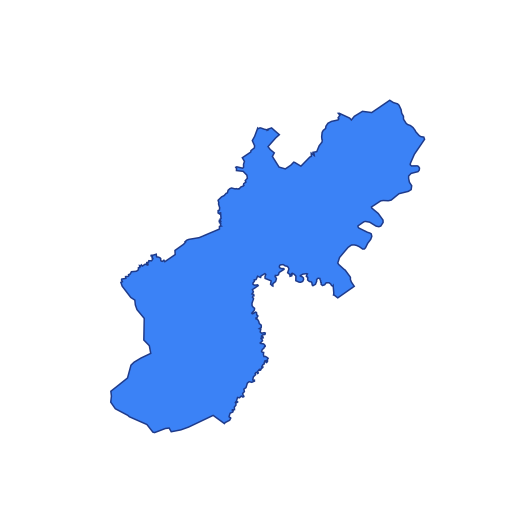 outline of Priekuļu pag., Priekulu, Latvia, rotated 124°
{"feature_id": "27541924B48534505716436", "entity_name": "Priekuļu pag.", "entity_type": "district", "adm_level": 2, "iso_a3": "LVA", "parent_name": "Latvia", "parent_adm1": "Priekulu", "projection": "mercator", "projection_center": [25.395, 57.328], "detail": "fine", "context": "isolated", "style": "filled", "palette": "blue", "viewbox_px": 512, "rotation_deg": 124, "n_neighbors": 0, "source": "geoboundaries", "source_scale": "gbopen_adm2", "svg_char_len": 6133}
<svg xmlns="http://www.w3.org/2000/svg" viewBox="0 0 512 512"><g transform="rotate(124 256 256)"><path d="M458.4,294.7L461.3,287.2L459.8,273.2L460.1,271.1L456.7,252.2L459.7,243.0L459.1,241.3L449.7,234.7L447.2,231.8L449.1,228.0L442.2,221.1L435.5,216.2L412.1,202.4L412.6,188.5L411.3,188.4L406.9,186.0L404.5,186.3L404.3,186.8L404.6,187.8L404.3,188.5L401.5,189.4L400.7,189.5L398.3,188.0L397.0,188.4L397.1,189.5L396.7,189.6L395.4,187.9L393.3,189.5L391.0,189.2L389.4,190.2L389.0,191.2L388.4,191.2L388.0,189.8L387.3,189.6L387.2,191.1L383.6,192.2L382.8,190.4L380.4,189.9L380.3,188.0L379.5,187.5L379.0,187.6L378.7,188.7L377.5,190.2L374.9,189.8L373.2,191.6L370.7,190.7L366.2,192.1L364.0,191.4L363.1,188.9L360.6,187.3L359.8,187.9L360.6,188.9L360.4,189.5L357.6,190.6L354.6,190.0L353.9,191.0L352.7,190.9L352.0,190.0L352.5,189.0L351.9,188.7L351.5,188.9L351.4,190.1L348.1,189.8L347.9,189.5L348.7,189.0L348.1,188.4L345.9,188.6L345.1,188.1L344.3,188.1L344.7,189.0L344.5,189.3L342.2,189.5L340.8,188.8L340.3,189.4L337.9,190.0L337.2,189.2L338.4,188.4L338.6,187.9L338.4,187.6L337.0,187.5L335.2,188.8L334.2,188.6L333.9,189.2L334.0,192.0L334.9,193.2L333.5,194.8L331.7,195.7L332.3,197.0L331.9,198.1L329.8,198.5L328.2,197.9L326.3,198.3L325.9,197.8L325.1,198.4L324.6,200.5L325.9,203.3L325.8,203.9L322.6,203.2L321.6,204.7L321.7,205.6L321.4,205.9L319.8,204.3L319.1,205.2L319.6,206.3L319.4,206.7L317.8,206.4L316.0,204.7L314.7,205.2L314.9,206.2L316.9,208.3L316.6,210.1L314.0,211.1L314.4,212.6L312.4,211.7L311.0,212.5L310.3,213.3L310.2,215.4L308.6,217.3L307.6,219.5L308.1,220.8L307.4,221.3L307.0,220.8L304.8,220.8L304.4,221.2L304.4,222.4L302.6,224.0L302.7,225.0L305.4,226.2L306.0,226.8L305.8,227.5L301.9,227.1L300.5,227.7L300.1,228.1L300.1,229.4L299.4,231.5L297.4,232.9L292.9,234.1L292.5,234.4L292.2,235.9L290.6,236.1L290.1,235.5L289.2,236.4L289.7,238.1L287.2,238.1L285.9,240.2L279.4,237.6L279.0,238.5L281.1,241.0L281.0,242.9L280.1,243.4L277.9,243.2L276.7,244.1L275.8,242.9L275.0,242.8L271.9,243.4L271.2,240.2L269.7,240.7L265.6,238.8L265.8,237.6L268.1,237.0L269.5,235.9L268.2,230.0L268.3,229.4L271.2,228.2L271.6,225.8L271.5,225.2L269.5,226.5L266.2,225.5L263.5,226.3L263.1,226.6L262.5,228.6L261.3,229.1L260.7,227.9L259.0,226.9L256.7,227.6L251.5,225.3L251.1,225.4L251.0,226.1L252.2,227.9L252.5,229.7L252.0,230.6L250.7,231.1L249.7,230.8L247.9,228.6L247.9,226.3L247.1,224.4L247.4,222.9L248.3,221.5L252.2,220.4L252.4,217.6L253.8,216.4L252.4,215.3L251.3,215.7L251.6,216.3L251.4,216.7L250.5,216.6L250.0,216.2L249.8,214.2L250.3,211.7L254.2,209.2L253.6,205.7L252.8,204.3L251.0,203.1L248.9,203.4L247.7,204.4L247.4,205.8L247.8,208.1L247.4,208.3L244.8,207.0L242.5,204.4L242.1,203.4L244.7,203.0L244.9,202.4L244.6,201.6L244.8,201.1L247.0,199.8L247.3,197.6L246.6,195.6L246.9,194.8L248.6,193.2L248.8,192.2L246.2,190.9L242.9,191.6L241.6,192.6L239.7,192.1L238.9,190.5L239.9,189.6L240.3,188.6L241.5,187.8L241.5,187.1L243.0,186.2L243.3,184.4L241.5,183.0L238.9,182.8L237.3,180.4L237.4,178.5L238.2,176.9L238.1,175.5L237.4,175.5L243.2,170.8L245.0,169.9L244.7,169.4L245.0,164.8L226.2,157.6L224.3,162.3L222.7,164.6L221.0,165.7L220.6,166.4L217.8,174.2L217.8,175.8L216.8,182.6L216.1,184.3L210.5,185.9L197.4,184.5L193.5,183.0L191.9,180.8L191.0,178.6L190.5,175.5L190.6,171.5L189.6,170.1L187.9,169.8L183.0,170.5L178.1,170.2L174.9,171.0L173.2,172.9L173.3,174.5L174.0,176.8L175.3,186.5L174.7,187.9L174.0,188.3L167.3,185.7L166.2,184.7L164.4,180.7L164.1,173.1L163.0,170.5L161.4,169.3L157.1,169.4L155.2,170.8L152.4,178.4L151.5,186.9L150.8,187.7L140.5,183.4L138.8,181.5L136.2,177.2L134.1,175.2L124.4,172.3L117.3,165.9L114.2,164.5L110.7,166.2L109.1,170.0L106.4,172.8L104.3,174.2L100.8,173.6L95.5,168.9L93.5,168.7L91.7,169.6L90.9,171.5L91.1,172.7L94.4,177.5L94.1,179.2L92.9,179.8L83.1,181.6L65.0,181.5L63.6,183.4L64.9,186.2L64.9,188.2L63.6,193.2L62.9,194.3L61.7,197.7L61.5,200.9L62.2,203.7L62.1,205.6L60.1,210.2L57.7,211.9L56.2,215.0L53.5,217.6L51.0,221.8L50.7,223.7L52.0,228.0L52.1,232.2L72.4,240.3L76.5,248.6L85.2,252.6L89.9,253.0L89.3,255.5L91.1,266.8L91.7,267.5L92.3,265.2L95.6,265.2L96.0,264.0L97.4,264.1L102.2,268.7L105.7,270.6L109.3,270.6L111.4,269.6L114.2,270.5L116.5,270.3L120.5,268.2L122.6,266.4L122.6,266.0L124.6,265.0L129.2,265.3L135.5,264.0L138.2,266.7L138.8,265.1L140.1,263.9L139.9,267.7L142.5,265.8L143.8,266.7L156.4,269.0L156.8,276.2L157.1,277.2L161.2,277.9L167.4,280.4L169.4,286.6L164.3,298.1L160.3,298.5L159.8,303.7L158.6,307.2L147.1,305.7L142.4,304.5L141.1,314.7L144.2,317.0L144.6,316.4L145.7,317.1L145.3,317.7L146.3,320.1L147.0,323.0L147.5,324.3L149.2,325.4L149.0,326.1L157.7,324.0L162.4,323.6L165.4,318.8L167.3,317.8L171.4,319.1L172.8,318.5L182.2,322.3L184.0,318.5L187.0,317.6L189.4,315.9L190.7,316.2L192.8,321.8L193.8,322.4L194.4,321.0L196.1,320.0L193.0,314.0L194.1,308.7L196.4,306.6L199.5,307.1L200.4,305.7L202.9,306.6L204.3,306.0L204.4,305.5L205.2,305.7L207.1,307.1L210.0,307.6L210.0,308.1L211.0,309.1L211.2,310.1L212.0,310.7L213.3,314.3L214.7,315.3L217.1,315.9L219.6,315.0L220.8,315.8L223.7,316.2L226.2,317.6L231.0,318.6L232.7,316.6L233.8,316.2L236.3,313.1L238.4,312.0L239.5,312.8L241.5,311.5L241.5,309.5L240.4,309.9L240.0,309.5L244.6,305.9L245.5,306.4L246.4,305.4L247.0,306.3L247.9,305.8L247.2,304.9L247.3,304.3L248.8,304.6L248.8,303.4L250.8,302.4L250.7,301.7L252.0,302.8L254.1,301.4L272.6,313.4L279.7,320.9L281.5,322.2L283.8,322.8L283.9,322.2L286.8,322.6L296.7,326.3L300.0,323.8L311.7,328.4L311.0,330.0L312.7,330.5L313.2,331.7L312.8,332.6L311.4,333.6L311.2,334.4L311.4,336.0L312.3,338.0L310.3,339.7L313.0,341.9L314.0,343.3L314.6,343.1L314.4,341.6L315.7,341.2L315.5,340.4L315.9,339.9L318.4,339.9L319.8,342.2L321.1,341.6L322.5,342.9L323.1,342.5L323.0,341.0L323.9,340.6L324.2,340.9L324.7,343.3L327.8,344.5L327.5,346.1L328.9,346.0L329.1,347.2L330.5,345.9L331.5,346.9L333.2,345.8L335.5,346.6L338.7,350.5L341.3,350.2L342.7,351.2L343.4,350.4L344.3,350.5L346.0,352.6L347.3,351.4L350.2,354.4L351.1,354.1L352.0,352.4L353.4,353.3L355.9,350.0L360.4,336.6L360.3,331.8L364.0,328.7L367.0,324.7L370.2,313.8L388.4,302.0L390.0,294.3L395.6,288.8L404.9,294.3L412.2,297.7L416.4,298.6L429.0,294.3L449.3,300.7L453.0,297.5L458.4,294.7Z" fill="#3b82f6" stroke="#1e3a8a" stroke-width="1.5"/></g></svg>